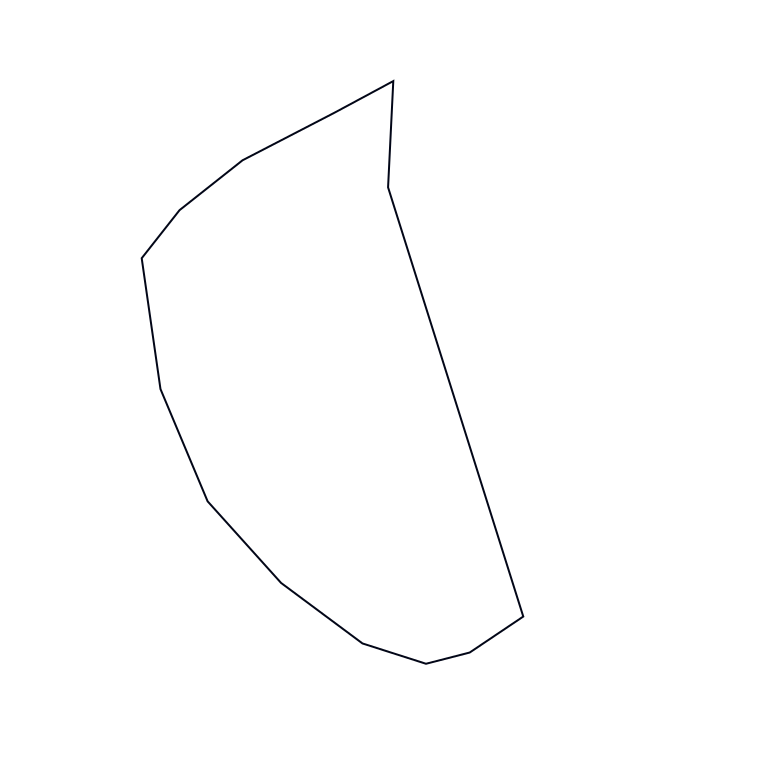 Southampton, Natural Earth projection, rotated 228°
{"feature_id": "GBR-2036", "entity_name": "Southampton", "entity_type": "Unitary Authority", "adm_level": 1, "iso_a3": "GBR", "parent_name": "United Kingdom", "parent_adm1": "", "projection": "natural_earth1", "projection_center": [-1.363, 50.901], "detail": "fine", "context": "isolated", "style": "outline", "palette": "ink", "viewbox_px": 768, "rotation_deg": 228, "n_neighbors": 0, "source": "natural_earth", "source_scale": "10m", "svg_char_len": 334}
<svg xmlns="http://www.w3.org/2000/svg" viewBox="0 0 768 768"><g transform="rotate(228 384 384)"><path d="M602.9,593.6L527.4,518.6L118.0,331.9L127.1,268.0L148.0,228.0L205.6,194.4L305.0,174.4L414.8,174.4L529.8,214.5L639.6,288.1L650.0,348.4L644.9,428.6L618.7,528.9L602.9,593.6Z" fill="none" stroke="#020617" stroke-width="2"/></g></svg>